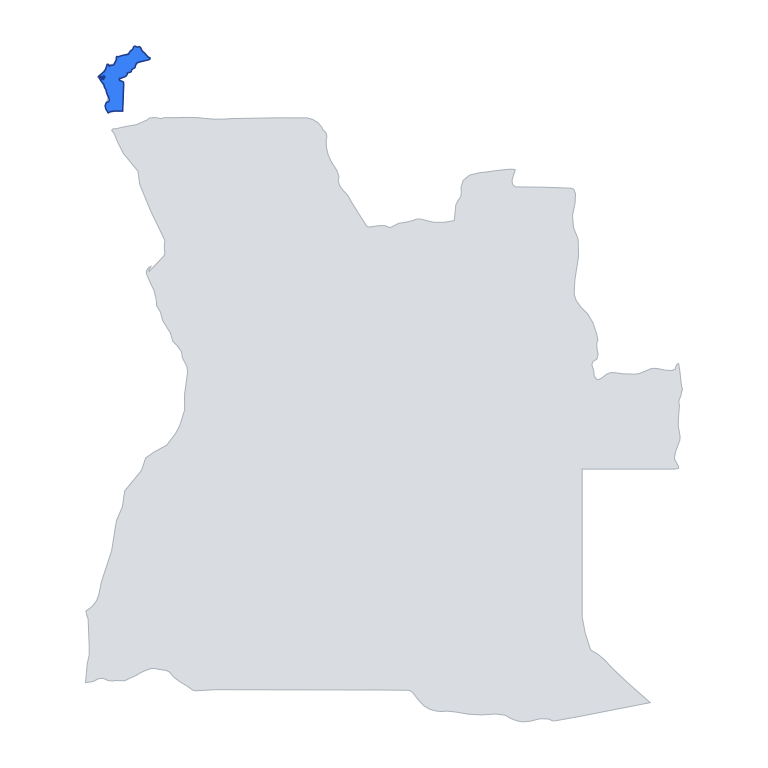 Angola, with Cabinda highlighted
{"feature_id": "AGO-1885", "entity_name": "Cabinda", "entity_type": "Province", "adm_level": 1, "iso_a3": "AGO", "parent_name": "Angola", "parent_adm1": "", "projection": "mercator", "projection_center": [12.416, -5.077], "detail": "fine", "context": "in_parent", "style": "filled", "palette": "blue", "viewbox_px": 768, "rotation_deg": 0, "n_neighbors": 0, "source": "natural_earth", "source_scale": "10m", "svg_char_len": 5263}
<svg xmlns="http://www.w3.org/2000/svg" viewBox="0 0 768 768"><path d="M678.6,363.5L679.7,370.0L680.7,379.0L681.5,385.5L682.2,388.3L682.5,389.9L681.6,391.6L680.9,395.5L679.6,398.9L678.8,401.3L679.4,405.7L678.4,418.8L678.2,425.2L680.1,436.8L679.8,440.3L675.8,451.0L674.7,456.3L674.5,459.1L678.7,466.9L678.4,468.5L675.3,469.0L672.6,469.1L582.2,469.1L582.2,605.5L582.2,617.2L585.1,632.7L590.5,649.6L592.6,651.2L598.0,654.3L605.5,660.7L609.7,665.5L618.2,673.9L629.6,684.5L650.2,702.6L581.3,716.1L554.9,720.9L552.6,720.9L548.6,719.0L540.2,718.7L530.2,721.2L522.3,721.9L516.5,720.7L510.8,718.5L505.2,715.2L495.6,714.0L481.9,714.9L468.6,714.2L455.9,712.0L446.8,711.1L441.3,711.6L435.5,710.9L429.2,709.0L423.9,705.8L417.6,699.0L412.7,692.5L411.4,691.6L409.9,690.6L408.3,690.3L381.1,690.0L215.1,689.7L195.9,690.8L194.4,690.6L192.0,689.8L190.4,688.4L184.9,684.7L180.2,681.9L173.8,677.2L169.6,672.1L166.1,670.4L159.9,669.5L155.2,668.6L151.4,668.4L144.7,670.8L139.7,673.2L136.1,675.5L129.8,678.2L124.6,680.8L115.4,680.5L113.4,680.9L108.3,680.7L103.5,678.4L98.7,678.6L93.2,681.5L85.5,682.7L87.3,663.5L89.2,655.0L89.2,644.9L88.1,618.7L86.8,615.2L85.9,611.0L90.7,607.7L93.1,605.3L96.4,601.0L98.8,594.9L101.5,581.6L111.6,550.9L116.4,520.9L122.4,506.7L124.7,490.9L141.5,470.4L145.7,457.9L154.4,451.8L166.7,445.2L175.5,433.6L179.8,425.5L184.6,410.1L184.6,394.0L187.6,372.5L186.9,366.4L182.4,357.8L181.5,351.7L177.2,345.8L172.7,341.2L170.5,333.2L162.6,320.4L160.4,312.0L156.7,305.9L156.0,298.4L154.0,290.5L150.2,282.6L146.4,273.7L146.4,270.9L148.8,267.5L151.0,266.4L150.2,268.1L148.8,270.1L149.1,271.6L163.9,255.9L164.9,252.9L164.4,249.4L164.3,245.2L164.9,240.4L150.9,211.5L139.8,184.6L137.9,171.1L123.3,153.3L117.5,141.7L114.2,133.6L111.7,130.5L112.7,129.0L116.4,128.6L124.8,126.7L136.3,124.7L147.0,120.0L149.8,117.9L155.4,117.5L161.2,118.7L163.3,117.8L164.5,117.7L178.0,117.7L183.6,117.4L194.0,117.5L200.5,117.9L204.3,118.4L214.4,119.2L226.9,119.0L231.4,118.6L247.9,118.3L278.8,117.8L295.0,117.9L307.4,117.9L313.0,119.6L318.1,122.8L320.5,125.7L321.6,127.0L323.1,130.1L325.9,132.5L326.9,136.2L326.1,141.4L326.5,147.5L328.1,154.7L331.5,162.2L336.7,170.1L338.9,176.3L338.3,181.0L339.8,185.9L343.7,191.1L346.5,193.8L348.1,195.9L352.5,203.8L366.6,226.0L368.7,227.1L371.8,226.7L378.4,225.7L384.9,225.6L389.5,227.5L391.4,227.2L398.4,223.4L405.3,222.3L412.6,220.7L416.4,219.1L420.8,219.1L432.7,222.1L434.9,222.3L444.5,222.3L454.2,220.6L455.6,207.9L455.7,205.3L458.0,200.6L460.9,196.4L461.3,192.4L461.1,187.0L463.2,180.4L469.7,175.1L480.1,172.6L486.0,172.1L495.4,170.7L509.5,169.2L514.8,169.4L515.2,170.1L512.2,179.3L512.1,182.2L513.2,185.3L515.6,186.9L543.9,187.2L571.1,188.2L572.6,188.7L573.8,189.4L575.5,193.9L575.1,202.7L572.5,215.6L573.5,227.7L578.1,239.0L578.6,256.2L574.9,279.6L574.1,294.3L576.2,300.5L580.7,307.0L587.5,313.7L592.8,322.5L596.5,333.3L597.9,340.1L596.8,342.8L596.9,347.7L598.1,354.6L596.8,359.2L593.1,361.4L591.8,364.5L593.7,370.5L594.2,375.9L596.7,379.4L598.5,379.7L602.3,377.7L606.8,374.1L610.4,372.6L615.5,372.8L622.7,373.8L635.4,374.2L639.3,373.5L651.1,368.7L654.2,368.3L658.9,368.8L665.5,370.2L672.2,370.5L675.4,369.0L675.7,367.1L676.8,364.5L678.6,363.5ZM150.0,57.9L149.3,58.7L143.9,60.9L138.2,62.9L130.7,71.1L126.9,74.7L125.8,75.6L122.4,77.5L119.9,79.2L120.0,80.1L121.6,81.2L123.3,83.0L123.2,96.4L122.4,109.6L121.5,110.7L116.7,111.2L110.4,112.1L108.3,112.7L107.6,111.4L105.5,106.6L106.7,102.0L108.0,98.5L106.6,91.5L103.3,85.3L99.9,77.4L98.9,75.9L101.7,73.4L106.1,67.8L107.9,64.9L112.9,64.3L114.8,62.3L116.1,59.1L116.6,57.2L122.3,55.6L129.1,52.9L132.9,49.9L136.7,48.0L139.1,47.9L140.7,48.7L145.1,53.9L148.8,57.2L150.0,57.9Z" fill="#d9dde1" stroke="#a8b0b8" stroke-width="1"/><path d="M136.0,46.5L136.8,47.0L137.5,47.1L138.3,47.0L138.8,46.7L139.4,46.7L140.2,47.1L140.9,48.1L141.8,50.4L142.7,51.5L144.6,53.0L147.8,56.8L150.1,58.0L149.7,59.4L147.9,60.0L138.4,62.2L136.9,63.0L136.1,64.0L135.6,65.0L135.3,66.1L135.2,67.2L134.7,67.8L132.5,69.1L131.8,69.7L131.4,70.7L131.3,71.5L130.9,72.0L129.7,72.4L127.9,72.6L127.4,72.9L127.3,73.9L126.5,75.7L124.7,76.9L120.6,78.3L120.2,78.4L119.8,78.3L119.5,78.4L119.3,78.9L119.3,79.3L119.4,79.8L119.6,80.3L119.8,80.5L122.8,81.6L123.4,82.0L123.7,83.6L123.6,87.4L123.4,91.5L123.2,97.4L123.0,103.4L122.8,106.6L122.7,111.1L119.1,111.1L114.7,111.0L110.5,111.6L108.2,112.9L105.8,108.9L105.1,105.8L106.2,102.7L106.8,102.2L107.4,102.1L107.9,102.0L108.6,101.7L109.1,101.2L109.2,100.6L109.2,99.1L109.1,98.5L108.4,96.7L107.5,95.0L106.3,91.8L106.3,90.4L104.4,87.0L104.0,84.7L101.4,81.6L99.1,78.0L99.1,77.4L99.7,77.6L100.6,77.8L101.3,78.0L101.6,78.3L101.9,79.4L102.9,79.6L103.6,79.1L104.2,78.3L104.2,77.7L104.7,77.4L104.6,76.4L104.4,76.0L104.0,75.8L103.5,75.8L103.1,76.4L103.0,77.1L103.0,78.1L102.7,78.4L102.4,78.2L102.2,77.2L101.8,76.7L101.5,76.6L101.2,77.0L100.7,77.1L100.2,76.7L99.5,76.8L98.4,76.7L98.9,76.1L104.3,71.5L105.6,69.4L107.1,64.4L107.3,64.2L107.9,64.2L108.3,64.5L108.8,65.0L109.4,66.2L109.8,65.8L110.5,65.5L111.3,65.4L112.9,65.2L113.6,64.9L114.1,64.3L116.1,60.3L116.4,59.3L116.3,57.2L116.8,56.5L118.1,56.7L118.8,56.6L122.1,55.5L127.5,54.5L128.2,54.3L128.8,53.7L129.8,51.7L130.5,51.0L131.3,50.3L132.2,49.8L132.8,49.0L133.2,47.9L133.8,46.7L134.9,46.1L135.6,46.3L136.0,46.5Z" fill="#3b82f6" stroke="#1e3a8a" stroke-width="1.5"/></svg>